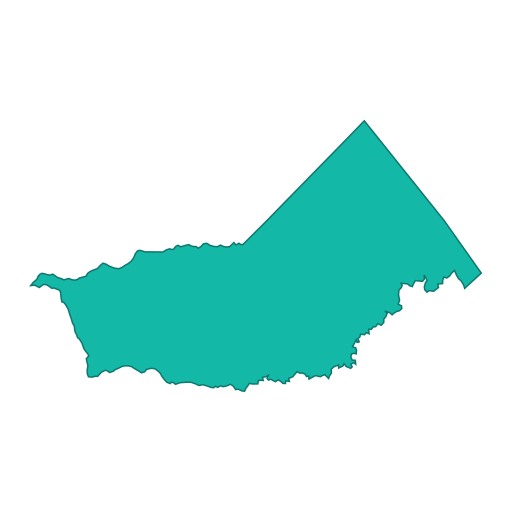 outline of Mirante da Serra, Rondônia, Brazil
{"feature_id": "56859067B54774050991451", "entity_name": "Mirante da Serra", "entity_type": "district", "adm_level": 2, "iso_a3": "BRA", "parent_name": "Brazil", "parent_adm1": "Rondônia", "projection": "natural_earth1", "projection_center": [-62.897, -11.045], "detail": "fine", "context": "isolated", "style": "filled", "palette": "teal", "viewbox_px": 512, "rotation_deg": 0, "n_neighbors": 0, "source": "geoboundaries", "source_scale": "gbopen_adm2", "svg_char_len": 3799}
<svg xmlns="http://www.w3.org/2000/svg" viewBox="0 0 512 512"><path d="M68.5,278.5L63.9,279.9L62.0,278.9L57.4,277.4L54.7,275.5L52.6,274.1L50.3,275.1L47.7,274.8L44.9,273.9L41.9,273.3L39.8,274.4L38.2,276.2L36.8,279.4L33.2,282.4L30.7,285.6L34.8,285.2L39.3,287.5L43.4,284.5L46.1,284.6L48.3,285.8L51.9,288.3L54.0,288.0L56.9,289.2L58.9,289.8L60.4,291.6L60.8,294.4L61.0,297.1L61.8,301.8L63.8,302.5L65.6,304.6L68.2,309.2L69.9,314.8L71.5,319.4L72.4,322.7L74.3,326.2L74.7,329.9L75.3,332.5L76.7,334.7L77.5,337.6L79.4,339.0L81.9,343.0L83.9,348.7L85.9,351.6L87.5,353.4L88.8,355.9L86.3,358.7L86.9,361.7L87.9,365.7L87.1,370.4L87.4,374.2L88.5,376.8L92.3,377.1L95.0,376.3L97.7,376.3L101.4,372.2L105.1,370.3L107.3,370.8L109.5,372.5L113.4,371.2L115.2,369.6L117.7,368.6L121.1,366.9L123.4,366.0L126.6,365.8L128.9,366.0L131.3,366.5L135.2,369.0L138.6,370.9L141.4,372.8L144.8,371.8L146.4,369.5L150.0,368.5L152.1,368.3L155.2,368.9L159.0,371.9L160.5,373.6L162.0,376.5L164.0,379.1L166.5,382.0L170.1,383.6L171.6,382.1L173.8,382.9L175.5,384.3L180.1,382.7L184.2,382.4L188.8,382.1L191.8,382.5L196.1,384.1L198.9,385.5L202.9,384.7L207.9,386.2L210.8,387.4L213.8,387.7L215.7,386.2L217.5,387.4L221.0,385.7L223.0,386.7L225.9,386.1L228.3,385.3L230.1,384.2L232.8,385.7L234.3,387.6L235.6,389.6L238.1,389.1L241.8,390.9L244.6,391.2L245.9,388.2L247.5,386.2L249.3,383.4L252.3,384.0L257.8,383.9L258.5,380.5L260.9,380.3L263.3,380.5L262.4,377.4L265.5,376.8L268.3,375.4L267.0,378.4L268.5,380.1L270.8,379.2L273.3,380.7L275.4,381.7L278.4,379.8L281.2,381.8L282.9,383.4L285.5,383.5L285.7,380.9L289.4,381.4L288.6,378.3L291.0,377.6L293.1,376.5L294.6,374.5L297.2,371.6L299.8,373.2L302.4,373.0L305.0,374.1L306.5,376.5L308.6,376.0L309.0,379.1L315.3,375.6L320.4,376.7L322.6,375.4L325.0,374.8L328.6,378.5L329.5,375.9L331.4,373.2L331.3,369.1L333.9,366.8L338.5,365.0L338.7,368.0L342.9,366.0L344.0,363.7L346.2,366.5L350.7,368.3L352.2,366.8L350.7,364.3L353.9,362.7L355.7,364.2L355.3,360.3L352.2,360.1L350.8,356.8L351.7,353.8L354.1,353.3L356.2,353.9L356.5,350.6L355.8,347.9L352.5,346.7L354.5,343.2L356.2,339.7L357.1,342.4L359.2,341.9L358.0,338.6L359.9,336.8L360.5,334.2L364.6,334.7L366.3,332.6L369.1,333.8L368.7,329.1L371.3,329.4L373.2,326.9L375.6,326.7L377.9,323.6L381.3,325.3L383.8,322.4L383.8,319.1L385.8,316.8L387.2,313.2L384.9,311.0L389.9,312.8L392.1,314.8L394.1,313.0L396.6,311.5L399.5,310.7L401.8,308.5L401.5,305.8L398.2,304.2L399.6,300.3L399.0,297.5L398.5,294.3L399.0,290.1L401.3,287.6L402.2,285.4L401.1,283.3L407.3,283.8L409.8,285.8L412.3,286.6L413.7,283.4L415.4,280.6L419.1,281.0L422.4,281.4L424.3,279.3L424.2,274.9L425.7,277.6L427.1,280.5L425.5,282.6L424.3,286.9L424.7,289.6L426.9,292.2L429.0,290.7L433.8,291.2L438.5,287.5L437.8,284.0L442.6,283.6L442.7,280.6L443.7,277.1L446.8,278.0L449.8,275.8L451.2,273.6L454.4,270.4L455.5,272.7L456.6,275.4L458.5,278.6L460.9,280.6L462.6,283.2L463.7,285.2L464.7,288.4L466.2,286.9L481.3,273.1L443.8,220.1L440.3,215.8L434.6,208.6L425.7,197.6L417.6,187.4L364.3,120.8L347.8,137.8L343.4,142.3L323.1,163.1L307.2,179.3L304.6,182.0L285.2,201.8L267.9,219.6L242.9,244.5L240.6,244.5L238.9,243.2L235.9,245.0L233.9,242.5L229.6,246.7L225.8,247.0L223.5,246.5L220.4,245.1L217.5,246.7L214.1,246.5L210.1,245.4L206.8,243.3L203.5,243.8L200.8,246.7L198.1,248.2L196.3,246.6L193.5,246.5L190.9,245.9L188.8,244.6L185.4,245.4L180.7,246.8L178.0,245.3L175.5,246.6L173.8,249.0L171.8,249.6L169.7,248.8L166.3,249.9L163.0,252.0L152.2,251.9L148.4,251.9L145.3,251.9L139.9,250.3L137.5,250.9L135.4,253.6L134.1,256.8L132.8,259.1L130.9,261.5L127.8,263.8L125.1,265.3L121.5,267.7L118.7,268.7L114.8,268.2L112.2,267.3L109.7,266.3L107.9,265.3L105.9,264.1L103.0,263.2L100.7,265.0L97.4,268.6L92.8,270.3L90.2,271.5L87.6,273.4L86.1,276.2L82.1,277.3L79.6,277.9L77.5,279.4L75.4,280.1L72.5,279.9L68.5,278.5Z" fill="#14b8a6" stroke="#0f766e" stroke-width="1.5"/></svg>